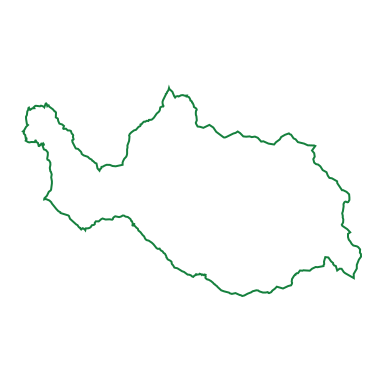 the district of Buces, Hunedoara, Romania
{"feature_id": "2599482B61703406686654", "entity_name": "Buces", "entity_type": "district", "adm_level": 2, "iso_a3": "ROU", "parent_name": "Romania", "parent_adm1": "Hunedoara", "projection": "mercator", "projection_center": [22.959, 46.183], "detail": "fine", "context": "isolated", "style": "outline", "palette": "green", "viewbox_px": 384, "rotation_deg": 0, "n_neighbors": 0, "source": "geoboundaries", "source_scale": "gbopen_adm2", "svg_char_len": 5939}
<svg xmlns="http://www.w3.org/2000/svg" viewBox="0 0 384 384"><path d="M223.9,291.3L229.0,292.6L229.8,293.3L231.9,293.9L235.5,293.1L239.7,295.0L240.8,295.2L242.2,296.0L244.3,295.5L247.6,293.7L251.2,292.3L252.6,291.3L256.3,290.3L258.2,290.5L259.4,291.4L262.8,292.5L265.9,292.5L267.7,292.1L268.5,293.0L269.1,293.1L271.1,292.2L272.0,291.2L272.2,290.7L274.9,288.7L276.8,286.7L283.0,288.5L288.3,286.0L291.1,285.3L291.9,283.8L292.1,282.8L291.7,281.7L292.0,279.1L294.1,275.7L295.4,274.8L295.2,274.5L296.6,273.3L298.0,273.2L300.0,270.5L302.5,270.7L303.3,270.3L309.8,270.7L312.1,268.7L315.7,267.0L317.5,267.2L323.5,266.1L323.6,265.1L324.2,264.1L324.0,261.6L325.3,257.1L328.4,257.5L331.1,261.4L333.1,263.0L333.2,264.2L334.3,265.5L335.8,266.0L337.2,270.5L339.6,268.7L341.6,268.8L343.8,272.1L345.2,273.2L353.8,278.1L353.7,274.0L356.8,268.6L356.8,264.9L358.9,259.6L361.0,256.7L360.9,254.0L359.9,252.7L360.1,249.4L358.2,247.1L356.8,246.3L353.3,245.5L351.6,243.8L350.3,241.5L348.8,239.7L348.0,237.1L348.0,233.9L350.2,232.3L347.3,229.2L342.4,225.9L341.8,224.8L343.1,222.5L343.3,219.4L342.7,217.4L342.8,216.0L342.2,213.3L342.9,211.2L343.6,206.5L343.5,204.1L344.3,202.4L345.0,201.8L345.8,201.6L347.3,202.3L348.2,202.1L349.4,200.0L349.4,197.5L349.1,194.3L346.6,191.9L343.2,190.2L342.0,190.2L337.3,183.2L337.1,181.3L331.9,178.3L329.4,177.9L327.8,175.6L326.5,172.2L322.7,170.1L320.4,166.4L318.2,164.6L316.0,164.1L314.2,162.6L313.3,159.1L314.7,156.7L314.2,153.2L312.0,150.5L315.3,146.0L314.2,145.5L307.8,145.3L304.1,143.6L297.9,142.1L295.6,139.3L293.6,138.4L291.1,134.7L289.5,134.1L288.9,133.4L285.0,134.8L281.2,137.0L279.8,139.4L276.0,142.2L274.1,144.5L268.5,143.6L263.4,141.3L261.2,141.6L257.8,137.8L254.9,136.6L251.8,137.1L249.6,136.4L246.2,136.7L243.3,136.4L240.1,133.1L237.7,131.5L235.6,132.9L233.4,133.5L226.3,137.0L224.9,137.5L223.7,137.4L216.2,131.8L213.3,127.5L209.4,124.9L203.4,127.8L200.0,126.8L197.6,126.5L196.0,123.6L195.8,122.8L196.8,120.3L196.4,116.2L195.9,114.9L195.8,112.9L196.0,110.9L196.7,109.9L196.7,109.4L196.2,108.5L193.9,106.9L193.7,105.3L192.8,103.2L192.1,102.6L192.2,102.3L191.6,101.2L190.4,100.5L190.3,99.5L189.1,97.3L187.6,96.5L186.3,96.5L186.1,96.2L186.5,95.6L184.7,95.7L182.9,95.1L181.0,95.3L178.7,96.5L177.9,96.1L175.9,96.5L175.1,97.5L174.2,96.2L172.4,91.8L169.3,88.9L169.0,88.0L168.4,90.3L167.0,92.2L166.8,93.2L165.9,93.9L166.0,94.2L163.0,100.3L162.5,102.0L162.6,103.5L162.8,104.5L163.5,106.0L163.2,106.5L162.0,106.5L160.3,107.4L159.7,110.5L158.8,111.8L156.7,113.6L153.9,117.7L152.1,119.4L151.1,119.8L148.9,119.9L148.4,121.0L146.6,120.8L145.3,121.7L144.1,121.6L142.7,122.7L142.0,123.8L140.5,124.5L140.7,125.2L140.2,126.1L138.5,126.9L136.0,129.8L134.0,130.4L131.3,132.4L129.7,134.1L129.1,135.7L129.5,136.6L129.1,140.9L127.4,145.5L127.5,147.6L127.1,149.3L127.1,153.7L126.9,154.9L126.3,156.6L124.2,158.9L123.1,161.1L122.6,162.6L122.6,164.8L115.7,166.3L112.5,166.0L109.9,164.9L106.6,164.8L104.4,165.7L103.2,166.5L101.5,166.9L101.2,168.4L100.2,169.0L99.5,170.7L97.5,168.4L96.5,163.5L94.9,162.8L93.2,161.1L92.4,160.8L91.6,159.6L89.5,158.5L87.8,156.8L83.7,155.4L82.3,154.4L81.6,153.7L81.4,152.5L80.9,151.7L78.0,148.9L75.9,148.5L75.5,148.0L72.5,142.1L72.2,140.3L73.3,139.7L73.6,139.2L72.9,137.0L73.2,135.4L72.9,134.6L71.8,133.6L70.8,130.9L69.7,130.5L67.7,130.4L65.9,128.7L63.5,128.9L63.2,128.5L63.4,127.6L64.0,126.0L62.2,124.5L59.4,123.6L58.2,120.9L57.8,118.6L55.8,117.4L56.0,112.7L55.4,111.6L54.6,111.4L52.9,109.3L49.2,106.6L48.6,105.3L47.9,105.5L47.3,106.1L46.8,104.2L46.1,103.4L45.7,103.6L44.3,107.3L43.8,106.7L41.8,105.9L40.9,105.7L40.0,106.3L36.0,105.8L35.3,105.9L33.8,107.2L34.3,108.2L32.4,108.3L30.4,109.7L29.9,109.1L29.7,109.5L29.3,109.1L28.9,107.7L28.4,108.1L28.2,109.8L27.3,111.4L26.9,115.0L26.0,116.8L26.1,119.1L26.9,124.1L28.0,125.0L26.1,126.8L24.2,130.2L23.0,131.4L24.0,131.8L23.7,133.0L23.9,133.7L25.2,135.0L25.8,138.6L26.2,138.0L26.5,138.3L26.5,139.0L26.1,139.2L26.3,139.7L25.7,140.7L28.1,142.1L29.4,142.4L31.3,142.0L34.9,142.1L35.3,140.6L35.7,140.5L36.9,142.4L37.9,142.9L38.7,146.0L39.1,146.1L40.5,145.0L40.3,144.7L40.6,144.4L41.3,144.4L41.5,143.6L42.1,143.6L42.3,144.0L43.1,144.4L43.4,143.7L43.9,144.4L43.8,144.9L43.2,145.2L42.6,144.6L42.5,145.0L42.7,146.1L43.9,149.4L45.9,150.1L47.8,152.4L47.8,155.1L47.2,158.6L47.5,159.7L49.1,160.4L50.3,162.6L50.4,164.9L49.8,167.9L50.0,169.3L50.4,171.4L50.9,171.8L51.7,174.4L51.2,177.4L51.9,181.1L51.9,183.4L51.1,189.5L50.7,190.4L48.8,191.8L46.9,195.8L44.4,198.3L44.2,199.4L45.8,199.0L49.4,200.5L51.3,202.3L51.8,203.4L56.3,209.0L58.4,211.2L60.3,212.2L60.5,213.0L68.2,215.4L68.9,215.9L70.0,218.8L76.3,224.5L77.5,225.1L78.5,226.7L79.6,227.8L80.3,227.9L80.6,228.9L81.2,229.5L82.8,228.2L84.7,229.4L85.3,230.2L85.7,228.4L88.2,228.3L89.7,227.8L90.7,227.1L91.8,225.3L93.8,224.9L94.4,224.5L94.8,224.1L94.8,222.7L95.9,221.3L98.7,221.4L101.2,219.2L102.6,218.5L105.5,219.5L109.7,219.3L112.1,219.7L112.8,219.2L113.2,217.9L113.6,217.4L115.2,216.3L119.1,217.1L120.9,216.6L122.8,215.5L124.0,215.6L125.5,216.6L127.8,217.0L130.4,219.0L131.4,221.1L132.0,221.3L132.8,223.8L134.2,224.0L134.2,224.5L132.7,224.7L132.4,225.1L132.6,225.5L134.1,225.6L135.1,226.2L136.4,227.7L137.8,228.7L138.4,230.5L140.5,232.2L142.6,235.0L144.1,236.4L145.0,238.4L145.8,239.5L146.9,240.2L148.7,240.6L151.8,242.7L153.5,244.3L156.6,248.2L158.0,248.9L159.6,248.6L160.7,250.3L162.6,251.4L163.6,252.9L165.0,253.8L166.3,256.3L166.4,257.5L167.0,258.0L167.6,259.3L170.6,260.9L171.6,262.0L171.7,263.4L172.1,264.3L173.1,265.3L174.4,267.6L177.4,268.3L182.2,271.3L184.0,271.9L187.6,274.6L189.2,274.7L191.0,275.4L191.9,276.3L193.2,276.9L194.7,275.4L195.9,275.1L196.2,274.8L196.0,274.4L196.1,274.2L197.4,274.6L199.5,274.3L199.7,273.8L200.8,274.1L201.8,275.0L202.3,274.5L203.7,275.1L204.3,274.5L205.6,274.8L205.4,275.8L205.7,276.4L205.4,277.3L205.6,278.2L207.3,279.5L208.4,279.6L210.9,281.0L213.2,282.9L213.7,283.7L214.8,284.3L215.3,285.0L216.8,286.0L217.6,287.0L221.2,290.3L223.9,291.3Z" fill="none" stroke="#15803d" stroke-width="2"/></svg>